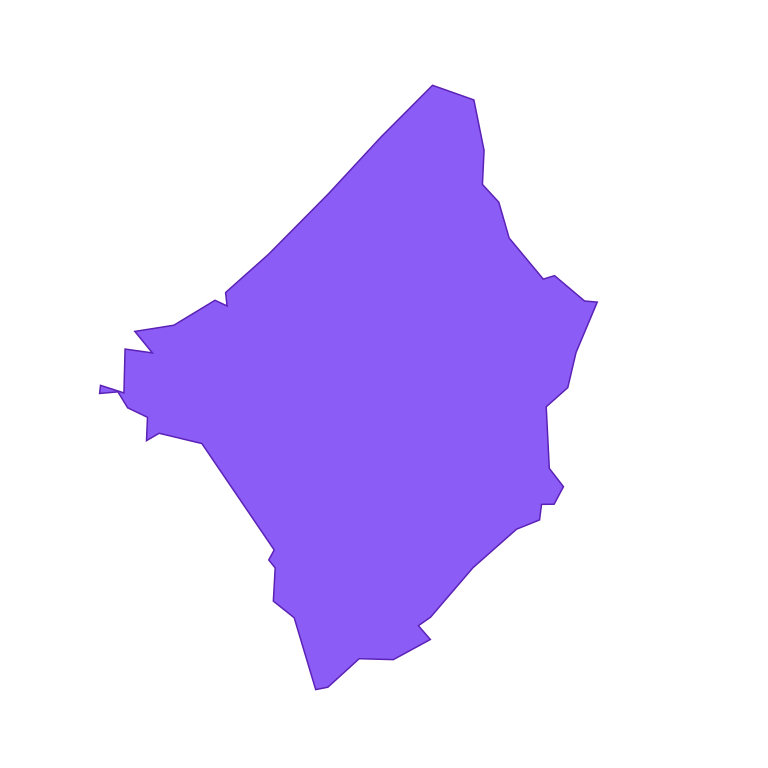 outline of Coffee, Tennessee, United States of America, rotated 45°
{"feature_id": "52423323B30803905187114", "entity_name": "Coffee", "entity_type": "district", "adm_level": 2, "iso_a3": "USA", "parent_name": "United States of America", "parent_adm1": "Tennessee", "projection": "albers", "projection_center": [-86.08, 35.496], "detail": "fine", "context": "isolated", "style": "filled", "palette": "violet", "viewbox_px": 768, "rotation_deg": 45, "n_neighbors": 0, "source": "geoboundaries", "source_scale": "gbopen_adm2", "svg_char_len": 794}
<svg xmlns="http://www.w3.org/2000/svg" viewBox="0 0 768 768"><g transform="rotate(45 384 384)"><path d="M246.7,119.6L207.1,138.5L207.2,211.2L210.2,289.3L210.6,374.2L207.3,431.3L217.8,439.8L205.3,444.3L193.8,491.1L170.6,523.0L198.2,525.8L176.2,542.4L206.4,574.2L184.5,585.4L189.6,591.8L201.4,577.7L219.6,582.1L240.3,574.8L256.1,592.0L259.8,577.9L297.3,554.9L423.7,579.0L426.9,589.9L437.1,591.0L459.3,615.8L485.8,612.8L551.8,648.4L558.7,638.1L560.7,595.8L585.5,572.3L597.4,531.9L579.2,530.6L581.8,516.0L576.8,450.9L580.4,392.9L590.1,370.1L580.5,357.7L589.3,348.7L583.5,329.7L560.6,326.8L514.8,285.4L516.5,256.6L497.5,225.9L476.9,175.3L467.1,183.5L428.0,186.8L422.4,197.2L369.3,192.3L336.7,174.3L312.5,173.3L289.5,148.0L246.7,119.6Z" fill="#8b5cf6" stroke="#5b21b6" stroke-width="1.5"/></g></svg>